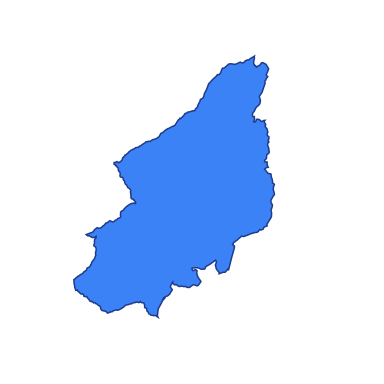 Cajamarca, Cajamarca, Peru (Equal Earth projection), rotated 32°
{"feature_id": "86281439B40930956450013", "entity_name": "Cajamarca", "entity_type": "district", "adm_level": 2, "iso_a3": "PER", "parent_name": "Peru", "parent_adm1": "Cajamarca", "projection": "equal_earth", "projection_center": [-78.506, -7.178], "detail": "fine", "context": "isolated", "style": "filled", "palette": "blue", "viewbox_px": 384, "rotation_deg": 32, "n_neighbors": 0, "source": "geoboundaries", "source_scale": "gbopen_adm2", "svg_char_len": 6086}
<svg xmlns="http://www.w3.org/2000/svg" viewBox="0 0 384 384"><g transform="rotate(32 192 192)"><path d="M246.4,268.6L246.8,267.6L247.1,263.3L246.6,262.9L244.0,261.9L241.4,260.5L239.0,258.3L238.1,256.2L237.5,255.9L236.1,256.0L235.8,256.2L235.1,257.7L234.5,258.2L232.6,257.2L232.4,256.6L232.9,255.9L234.1,255.3L234.7,254.6L235.9,253.8L237.7,253.0L240.7,252.6L243.4,250.8L243.6,250.4L243.6,249.8L243.2,248.8L243.5,247.4L245.5,243.8L248.1,237.3L249.1,237.8L250.0,238.9L250.6,241.8L251.7,242.6L253.3,244.3L257.7,246.0L258.3,247.0L260.8,243.7L262.6,242.5L263.2,239.4L263.0,238.4L264.2,238.5L260.1,225.7L257.5,216.8L256.7,215.4L256.2,215.2L255.4,215.4L254.4,214.5L254.0,214.5L254.2,214.0L254.2,212.7L255.6,209.3L257.4,203.3L259.6,202.2L260.8,200.5L262.0,199.2L263.5,196.8L266.8,193.1L268.8,191.4L269.2,190.0L269.2,188.1L270.5,187.8L272.0,186.0L271.7,183.7L273.7,180.8L272.8,180.0L272.6,179.4L272.6,171.9L272.3,170.5L270.5,167.4L268.7,165.7L267.8,161.8L267.3,160.9L266.6,160.0L264.7,159.2L263.6,157.6L263.3,156.8L263.0,152.3L263.3,150.5L261.6,148.6L259.7,147.0L258.2,144.1L258.1,142.4L257.9,142.0L257.0,141.6L255.6,141.8L254.8,140.4L252.9,138.4L250.6,136.7L250.2,135.7L249.4,134.9L246.4,135.9L242.8,134.5L241.5,134.3L241.6,133.4L242.4,131.6L243.6,130.7L241.5,129.3L239.7,126.7L238.2,127.8L237.5,127.9L237.2,127.5L236.9,126.3L237.4,124.2L235.7,120.9L236.6,118.3L236.3,117.0L235.1,116.0L234.3,114.6L231.0,111.9L230.5,110.4L230.7,108.9L230.4,108.5L229.4,108.4L229.0,106.2L228.1,104.5L226.5,104.2L225.2,103.6L224.5,100.9L222.9,99.5L222.2,98.7L219.2,97.7L218.8,95.8L216.3,94.4L215.8,93.4L215.9,92.6L214.9,93.4L214.2,94.7L213.5,95.5L210.7,94.9L208.6,95.7L208.4,96.0L208.6,98.8L207.5,99.9L207.0,99.7L206.6,97.3L204.9,95.0L204.0,95.7L202.7,95.2L201.7,92.9L202.0,90.4L201.6,87.0L201.8,85.4L202.5,83.5L202.8,81.7L202.5,80.3L201.5,78.1L198.4,75.2L198.6,70.5L196.5,61.5L196.2,60.7L195.3,59.9L195.0,59.1L195.3,57.6L194.9,57.0L195.1,54.0L193.4,53.7L192.8,53.0L192.2,49.1L191.7,46.9L187.2,44.5L183.9,44.7L182.9,45.2L182.5,45.7L182.3,48.3L180.4,52.0L179.2,51.2L178.1,51.6L177.5,50.9L176.7,50.8L176.1,50.2L175.0,48.3L174.1,45.6L173.4,44.6L173.1,44.6L172.9,43.8L170.5,48.5L170.2,49.9L168.8,50.8L168.1,51.9L167.5,53.1L167.5,54.3L167.0,55.2L166.5,55.7L165.3,56.2L164.0,56.3L162.0,59.6L160.6,61.1L157.3,62.5L155.5,63.8L153.7,69.5L153.2,70.4L152.3,70.7L152.3,72.4L152.8,74.2L153.1,76.1L153.0,77.8L151.7,78.7L151.3,79.3L151.2,81.3L150.0,85.1L148.8,91.5L150.0,97.4L150.4,102.2L151.5,105.1L151.2,107.4L150.3,108.6L150.1,109.3L150.9,111.5L150.7,112.4L151.0,115.1L151.6,116.6L150.9,120.1L151.3,121.5L150.7,122.2L149.9,122.4L147.1,125.7L145.9,126.6L145.7,127.8L145.1,128.6L144.6,128.9L144.4,130.0L144.6,131.5L144.1,132.8L143.9,134.4L143.5,135.6L142.7,135.7L142.8,136.8L142.2,137.9L142.2,143.7L142.0,145.0L140.6,146.8L138.7,150.2L138.0,150.9L136.6,153.8L135.8,157.0L134.5,158.8L134.8,162.6L134.6,163.2L134.0,164.0L133.8,164.9L133.2,166.0L130.7,168.8L129.7,171.2L129.1,171.7L128.4,171.9L126.2,174.1L126.1,175.3L124.6,178.1L124.1,179.8L123.3,180.8L122.7,182.5L120.6,184.4L120.4,185.4L120.0,186.3L119.2,187.0L118.8,188.3L118.3,188.6L117.9,189.3L117.7,190.4L117.2,191.4L117.1,193.1L116.7,193.7L116.1,196.0L115.6,196.2L115.7,197.7L115.1,199.6L115.7,201.8L115.3,204.2L114.8,204.7L114.7,205.4L114.4,205.8L113.8,205.8L113.4,206.3L112.2,206.0L111.1,207.8L110.3,208.3L111.1,209.7L112.5,209.5L113.3,210.2L114.1,209.8L115.3,210.6L116.1,210.6L117.0,211.2L118.4,213.0L120.4,213.5L121.4,214.5L122.4,216.6L123.1,217.0L123.5,217.1L125.6,216.4L126.4,216.9L126.9,217.7L127.7,218.2L128.7,218.3L129.8,219.5L131.5,220.7L133.2,220.8L135.0,222.2L137.1,222.3L139.0,222.8L139.3,223.1L139.8,224.7L140.9,225.6L141.0,226.2L141.9,226.9L142.7,228.4L143.8,229.6L144.2,229.8L146.5,229.2L146.9,229.7L148.8,230.1L150.1,231.1L150.2,231.5L150.0,232.0L148.8,232.0L146.5,234.1L145.1,236.8L144.1,239.3L143.4,242.5L143.5,243.8L142.4,245.6L142.1,246.8L143.7,249.7L144.4,250.4L144.7,251.3L144.2,252.6L143.2,253.6L142.8,255.5L141.9,256.6L141.4,258.7L140.5,259.4L137.5,259.9L136.3,263.3L135.4,263.9L135.1,266.8L134.4,268.1L134.1,269.7L133.8,270.7L131.8,272.4L130.5,272.5L129.4,275.3L129.2,278.4L124.8,284.2L127.0,284.4L128.0,283.6L131.5,283.5L133.1,282.5L133.9,281.2L134.2,280.4L134.9,281.5L134.6,284.0L136.7,287.7L136.8,289.1L137.6,289.7L139.4,289.8L140.3,290.4L141.6,292.1L142.0,293.8L143.0,295.6L144.1,296.9L144.2,298.4L144.7,299.7L144.2,304.5L144.8,306.8L144.6,307.4L144.9,308.3L144.8,309.8L143.4,311.9L143.8,313.9L143.6,314.8L142.4,317.7L142.5,318.9L142.2,319.7L141.2,321.1L140.4,323.3L139.9,323.7L139.9,324.5L139.1,326.0L138.9,327.6L138.2,328.9L140.9,332.6L141.7,333.2L142.9,334.8L145.6,337.0L146.7,335.8L147.8,336.7L149.4,336.7L150.0,337.1L150.7,337.0L151.7,337.3L152.2,337.2L152.7,336.6L153.6,336.7L154.3,336.3L155.6,337.7L157.2,337.2L158.2,336.4L159.0,336.8L159.4,337.3L161.1,337.5L162.8,338.5L163.8,338.6L164.7,338.3L165.0,337.8L165.5,338.0L166.0,337.7L167.2,338.3L168.0,337.5L169.0,337.4L169.7,337.7L170.4,337.3L172.5,337.8L174.7,337.5L176.5,339.5L178.1,340.1L178.6,340.2L179.2,339.8L180.7,339.5L181.2,339.0L182.8,339.0L184.3,339.5L185.4,338.7L185.9,337.3L186.4,337.2L187.2,336.2L187.8,335.8L188.1,334.7L189.1,333.3L190.4,332.1L191.8,331.6L193.5,329.0L194.5,326.9L195.3,325.0L195.4,323.7L195.8,323.0L197.5,321.5L198.9,319.6L200.0,318.9L200.8,317.1L202.2,316.2L202.8,315.1L204.2,314.3L205.7,313.9L206.3,312.2L207.0,312.6L208.1,312.5L209.9,311.6L212.0,313.3L212.9,314.9L213.6,315.1L215.3,314.9L216.5,316.2L216.7,316.7L218.4,317.1L220.1,318.2L220.8,318.0L222.4,318.2L225.7,316.8L227.0,315.7L228.1,316.2L229.5,316.2L228.4,315.5L227.6,314.0L225.6,309.7L225.2,308.2L224.9,302.0L224.6,301.1L224.9,297.6L224.5,297.8L224.9,296.9L224.4,297.1L224.7,296.2L224.3,296.2L225.5,294.0L226.3,293.2L226.8,291.9L227.2,290.2L227.0,289.0L227.2,285.7L226.8,285.1L224.1,284.1L223.9,283.8L223.5,282.1L223.4,278.8L224.0,279.6L226.1,280.0L226.8,279.8L227.7,278.9L228.6,278.8L229.3,279.2L231.7,278.7L233.2,277.1L235.3,276.6L236.7,275.4L238.2,275.6L240.1,274.5L240.5,274.2L242.1,270.1L242.6,269.6L245.5,269.1L246.4,268.6Z" fill="#3b82f6" stroke="#1e3a8a" stroke-width="1.5"/></g></svg>